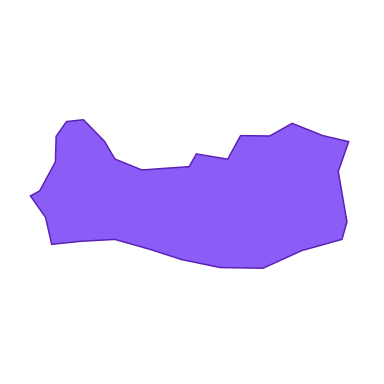 Bromölla, Skåne, Sweden, rotated 84°
{"feature_id": "70781695B19839460749296", "entity_name": "Bromölla", "entity_type": "district", "adm_level": 2, "iso_a3": "SWE", "parent_name": "Sweden", "parent_adm1": "Skåne", "projection": "mercator", "projection_center": [14.508, 56.147], "detail": "fine", "context": "isolated", "style": "filled", "palette": "violet", "viewbox_px": 384, "rotation_deg": 84, "n_neighbors": 0, "source": "geoboundaries", "source_scale": "gbopen_adm2", "svg_char_len": 534}
<svg xmlns="http://www.w3.org/2000/svg" viewBox="0 0 384 384"><g transform="rotate(84 192 192)"><path d="M179.0,353.1L201.9,340.3L229.4,337.0L229.4,307.7L231.1,273.7L244.7,239.7L258.2,209.2L270.1,171.8L275.2,129.3L261.6,88.6L261.2,85.7L254.8,47.8L237.9,41.0L186.9,44.4L158.3,30.9L149.5,56.3L134.2,85.2L144.4,108.9L141.0,137.8L163.1,153.1L154.6,183.7L166.5,192.2L164.8,239.7L151.2,265.2L132.5,273.7L108.8,292.4L108.8,309.4L122.4,321.3L147.8,324.7L175.0,343.4L179.0,353.1Z" fill="#8b5cf6" stroke="#5b21b6" stroke-width="1.5"/></g></svg>